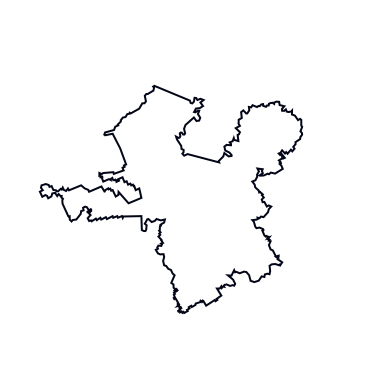 outline of San Juan Evangelista, Veracruz, Mexico, rotated 149°
{"feature_id": "50627088B44496108616070", "entity_name": "San Juan Evangelista", "entity_type": "district", "adm_level": 2, "iso_a3": "MEX", "parent_name": "Mexico", "parent_adm1": "Veracruz", "projection": "mercator", "projection_center": [-95.168, 17.762], "detail": "fine", "context": "isolated", "style": "outline", "palette": "ink", "viewbox_px": 384, "rotation_deg": 149, "n_neighbors": 0, "source": "geoboundaries", "source_scale": "gbopen_adm2", "svg_char_len": 6036}
<svg xmlns="http://www.w3.org/2000/svg" viewBox="0 0 384 384"><g transform="rotate(149 192 192)"><path d="M146.7,271.4L169.6,302.4L171.0,302.3L170.7,301.1L172.8,298.8L179.4,298.8L180.7,299.5L182.9,298.8L184.8,293.4L187.0,292.5L188.9,293.6L194.4,290.6L204.0,290.9L204.6,292.0L205.3,291.3L207.3,292.1L210.4,290.5L212.9,291.4L216.1,290.2L216.6,289.1L221.0,288.0L221.0,287.1L224.2,287.5L226.9,285.3L235.8,287.8L237.6,286.4L237.3,285.4L230.0,282.8L231.1,266.3L234.3,249.5L236.6,249.8L236.8,248.3L239.0,248.6L239.5,245.7L249.7,247.8L249.2,249.5L258.4,254.0L260.0,253.8L261.6,256.0L263.0,253.7L262.1,253.6L262.8,251.8L261.2,251.7L261.1,250.9L262.1,249.9L262.7,246.6L256.6,245.8L255.6,244.3L255.5,245.0L253.1,245.1L253.5,243.4L252.8,242.2L251.4,242.1L251.4,241.1L250.4,240.9L251.3,239.6L248.7,239.3L248.5,241.0L244.0,240.4L244.8,235.2L242.5,234.9L243.0,231.2L240.5,230.9L240.7,229.0L238.8,228.7L239.0,227.0L238.4,226.9L239.3,222.6L235.4,222.2L238.4,213.0L252.2,215.0L254.9,229.9L256.6,227.4L259.7,227.4L259.0,234.5L260.6,234.7L260.3,237.0L262.1,237.2L262.0,238.3L266.1,238.2L266.8,236.7L266.8,243.4L280.1,245.2L279.8,247.2L282.2,250.5L283.6,254.8L296.6,256.8L296.5,258.9L299.4,257.7L300.8,259.9L300.5,262.4L302.4,261.2L302.9,262.3L306.2,261.6L307.9,262.3L307.6,263.3L309.8,265.2L309.3,269.4L311.5,269.8L311.2,271.8L313.2,274.1L317.5,275.2L319.3,273.4L319.0,270.4L322.2,270.6L322.8,265.0L319.2,264.9L318.2,263.2L318.5,260.7L314.8,260.6L312.5,262.7L311.7,262.5L309.9,261.7L309.6,257.9L307.4,258.9L306.7,256.1L305.8,255.7L306.8,254.5L306.1,252.6L307.3,251.9L309.0,248.6L310.5,235.1L310.4,234.3L309.4,234.2L311.0,231.2L310.4,228.8L308.7,229.4L305.3,228.0L298.7,230.5L296.9,232.7L294.4,232.1L293.5,234.6L291.2,234.5L290.0,233.2L289.7,229.2L287.6,229.4L287.5,228.7L288.3,227.6L290.1,227.2L292.1,229.6L290.8,224.5L294.9,223.3L295.1,220.1L293.1,219.6L293.1,218.6L288.1,218.7L288.1,216.9L283.8,217.1L284.0,215.1L278.8,214.8L278.9,212.6L272.5,212.2L272.8,210.5L268.5,209.8L268.7,208.1L264.4,207.4L264.7,205.5L263.5,206.4L247.8,197.4L254.6,185.2L253.4,183.4L252.0,182.5L250.6,183.4L248.0,186.9L248.8,189.1L244.4,191.6L243.3,191.3L242.0,187.0L238.8,186.4L236.3,187.1L233.3,183.7L229.4,182.4L231.6,180.2L235.8,180.2L236.0,179.1L237.1,179.2L239.2,176.0L240.1,175.8L239.7,173.6L241.6,173.2L241.3,171.6L243.7,171.1L242.8,166.5L243.3,166.4L243.1,163.3L245.1,163.7L244.8,162.5L246.1,161.6L248.4,163.4L250.3,162.4L250.4,160.9L252.8,161.1L252.8,156.9L251.4,154.9L248.4,153.4L249.3,150.7L252.3,147.7L253.6,143.5L252.2,141.9L251.9,138.3L250.2,136.1L250.6,132.1L249.8,129.6L256.6,124.7L255.5,122.3L257.0,119.5L256.8,117.9L255.3,117.1L255.1,115.1L255.9,115.0L256.0,116.2L258.0,116.4L257.9,114.9L259.3,114.9L259.2,113.4L260.5,113.3L260.9,110.7L262.2,110.6L262.3,109.3L260.9,109.3L260.9,105.0L261.8,103.5L261.0,103.6L261.0,102.1L263.1,101.6L261.8,101.2L262.4,99.3L261.0,99.3L261.0,97.9L265.2,97.2L265.2,96.5L263.7,96.5L264.2,95.0L262.4,95.0L262.5,93.4L261.0,93.6L261.0,92.3L256.9,92.2L256.9,93.5L254.1,93.5L254.1,94.9L251.3,94.9L251.4,93.5L247.2,93.4L246.3,94.5L241.8,93.4L240.7,94.3L240.3,93.1L239.4,93.3L239.7,92.5L238.4,92.6L238.4,87.3L228.1,87.7L228.1,86.3L225.9,86.4L225.9,87.7L220.2,88.1L220.3,96.4L218.0,95.0L215.5,96.0L215.9,94.4L214.0,95.0L213.3,94.3L213.3,95.1L212.0,95.6L209.9,94.9L207.8,91.9L205.1,91.2L204.1,90.0L202.3,91.0L201.9,95.7L204.1,102.0L201.2,100.0L196.1,103.3L196.4,101.0L195.2,100.8L193.0,97.8L188.3,96.9L186.6,95.3L185.9,91.3L187.5,85.7L185.0,82.7L180.5,81.6L175.8,83.8L173.7,81.9L172.0,83.8L169.4,83.1L167.9,81.6L165.7,84.0L163.5,88.8L160.8,88.9L157.6,87.3L155.4,84.7L154.4,84.7L154.3,83.7L150.9,85.3L153.2,90.2L152.3,90.6L153.3,92.9L151.0,92.0L150.5,92.8L153.3,93.5L152.8,100.3L154.2,102.3L153.4,106.9L150.0,109.3L151.2,110.6L150.1,111.0L151.2,112.4L149.2,113.3L150.9,113.5L149.5,114.1L150.9,116.0L151.7,115.7L152.3,117.5L151.6,122.6L150.5,122.4L150.1,123.4L152.4,126.7L155.4,127.8L155.6,129.7L154.3,134.6L154.7,136.8L151.0,135.1L149.3,135.0L149.0,136.2L147.6,134.8L145.5,135.4L143.6,133.6L137.3,135.5L134.9,137.8L131.6,138.7L133.2,141.0L135.3,141.0L135.1,146.2L136.7,146.9L136.0,149.7L133.3,150.3L133.7,153.3L132.6,153.5L133.7,157.2L134.6,157.1L134.1,159.0L135.4,163.4L134.5,166.1L134.9,169.9L131.6,169.4L128.4,171.4L127.1,173.5L124.0,175.2L123.8,178.4L119.7,175.1L121.3,174.0L121.6,171.7L125.6,171.4L125.2,170.9L122.0,169.2L117.7,168.7L116.9,167.6L114.4,168.0L111.3,165.0L102.3,165.1L101.8,168.7L102.4,170.8L101.2,170.8L101.4,172.1L100.7,172.1L101.2,174.3L97.5,174.3L96.5,175.9L96.6,173.7L94.9,173.5L95.6,178.2L97.4,178.2L97.8,180.3L96.0,180.0L93.3,181.3L92.4,177.1L90.7,177.7L90.4,175.6L85.4,177.3L85.1,175.2L81.8,176.3L82.0,178.5L78.5,179.7L77.7,181.4L72.0,181.7L70.9,183.2L68.1,184.4L67.4,186.0L67.8,188.1L64.0,191.1L64.1,192.7L61.2,197.5L61.7,199.0L64.1,199.0L64.4,204.4L66.4,207.0L64.3,210.3L65.6,209.9L68.0,210.8L69.4,212.1L69.0,214.5L71.2,214.1L72.9,215.2L72.2,216.8L68.7,218.0L72.1,221.4L70.9,224.4L73.1,226.0L75.4,226.3L76.2,225.2L77.1,227.1L79.4,227.9L80.6,228.0L81.7,226.7L83.2,227.5L84.7,226.9L86.6,229.2L85.8,230.7L87.6,231.4L89.7,230.7L90.7,231.5L92.5,231.3L95.4,235.2L97.7,234.1L99.4,235.6L100.8,232.5L104.2,230.9L105.1,231.4L105.9,235.5L108.8,235.1L111.2,229.8L114.7,229.9L116.9,226.6L116.9,224.0L121.6,224.2L120.1,218.6L122.0,217.3L123.5,217.4L126.0,211.8L128.9,214.8L128.4,216.7L131.0,214.6L134.1,215.1L133.8,213.0L134.5,212.0L138.1,214.6L140.9,214.2L142.1,210.5L139.6,206.5L139.0,203.3L139.6,202.5L142.3,203.7L144.2,208.7L147.0,206.3L153.3,204.7L153.5,203.4L176.3,226.8L180.0,227.2L180.5,229.8L178.8,230.4L177.5,232.4L178.8,234.3L177.5,237.1L177.8,244.7L177.1,247.7L175.7,245.3L174.5,245.0L173.2,245.9L172.3,248.5L171.2,248.8L170.2,248.1L170.0,245.8L169.0,245.2L167.7,245.8L166.3,250.2L163.1,252.8L152.0,254.9L151.6,250.6L149.1,249.5L146.7,251.4L146.8,255.7L144.0,257.9L145.2,258.7L148.0,258.5L149.0,259.5L145.6,261.5L142.2,259.9L138.3,260.0L138.7,264.4L134.7,264.9L136.7,267.5L140.0,268.1L140.0,270.4L141.3,271.4L143.9,268.4L146.2,267.8L147.3,269.1L146.7,271.4Z" fill="none" stroke="#020617" stroke-width="2"/></g></svg>